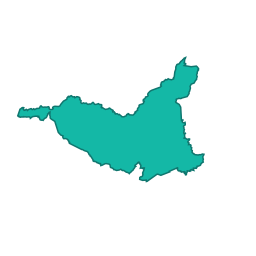 the district of Chichiquila, Puebla, Mexico, rotated 241°
{"feature_id": "50627088B29125905034403", "entity_name": "Chichiquila", "entity_type": "district", "adm_level": 2, "iso_a3": "MEX", "parent_name": "Mexico", "parent_adm1": "Puebla", "projection": "equal_earth", "projection_center": [-97.065, 19.207], "detail": "fine", "context": "isolated", "style": "filled", "palette": "teal", "viewbox_px": 256, "rotation_deg": 241, "n_neighbors": 0, "source": "geoboundaries", "source_scale": "gbopen_adm2", "svg_char_len": 5832}
<svg xmlns="http://www.w3.org/2000/svg" viewBox="0 0 256 256"><g transform="rotate(241 128 128)"><path d="M192.1,37.5L191.7,37.6L191.4,38.1L191.1,37.8L190.4,38.3L190.3,38.7L189.7,38.9L189.3,40.2L188.3,41.9L188.4,42.3L188.1,42.4L187.5,43.7L186.8,44.5L185.7,47.0L184.6,47.6L183.8,47.3L184.2,50.0L183.3,52.5L182.1,54.7L181.8,54.6L181.5,55.4L181.0,55.0L180.9,55.4L179.8,55.4L179.1,55.2L177.6,55.2L176.5,56.5L176.4,57.1L175.8,57.5L176.8,59.5L176.7,61.3L177.3,62.6L177.8,63.0L178.7,64.6L179.2,64.6L179.3,65.9L179.9,66.3L179.8,67.5L177.1,65.8L175.8,65.6L175.4,65.2L174.2,64.8L173.0,65.2L169.3,67.2L157.9,64.9L154.4,65.8L152.6,67.3L152.3,66.9L151.1,66.4L149.8,66.6L148.9,68.5L147.7,69.4L146.7,69.8L146.4,69.6L145.9,69.9L145.4,69.6L143.8,70.0L143.6,69.3L142.9,69.4L131.6,77.1L131.1,77.9L129.4,78.8L127.3,80.8L125.9,81.3L123.5,81.1L122.8,81.6L121.9,81.3L121.6,81.7L117.2,82.0L116.4,81.6L115.8,81.6L115.6,82.1L115.1,82.2L115.1,82.6L113.9,83.6L113.4,83.9L112.9,83.9L112.6,84.5L111.7,84.8L111.7,85.1L111.2,85.6L110.8,85.6L110.4,85.9L110.2,86.7L108.3,86.0L108.0,87.4L107.9,90.6L107.3,91.9L105.7,93.8L105.0,94.3L104.1,94.3L102.2,93.6L101.5,93.9L100.9,94.6L99.8,95.3L98.3,95.5L98.3,95.9L96.4,97.4L95.5,100.0L95.4,101.7L93.6,102.4L92.8,103.8L90.3,105.0L89.3,106.1L88.0,107.0L87.5,107.0L88.0,108.4L88.0,109.3L88.4,109.9L88.6,111.6L89.0,112.6L89.4,112.9L89.9,114.3L90.6,115.3L90.7,116.2L91.6,115.7L92.0,116.0L92.4,118.7L93.0,119.9L93.0,120.4L92.9,121.0L92.0,120.9L91.8,120.7L91.4,121.2L90.9,120.9L90.4,121.0L89.9,120.9L89.4,121.2L88.6,120.9L86.9,119.3L86.7,120.1L86.0,120.7L85.9,121.5L85.4,121.3L85.1,121.9L85.4,122.0L85.1,122.8L83.3,121.2L81.5,118.9L80.3,118.7L79.8,118.0L79.3,117.8L78.9,117.2L78.8,116.2L79.2,115.3L79.0,114.3L77.4,113.3L75.1,115.4L73.6,118.7L72.3,118.1L72.1,118.8L73.5,131.1L73.0,131.8L70.7,133.8L69.4,143.2L70.1,143.2L69.3,151.4L69.0,151.2L68.8,151.9L67.5,151.1L66.1,151.3L65.8,152.1L65.1,152.5L64.9,153.0L64.5,152.8L64.3,153.4L63.5,153.4L62.6,155.9L62.1,155.6L61.8,156.2L61.3,155.4L60.7,155.4L59.5,156.1L59.1,155.8L58.9,156.4L60.1,157.3L60.5,157.1L60.5,157.9L61.1,158.8L61.8,159.0L61.7,159.3L60.3,160.9L60.7,161.3L60.4,161.5L60.8,162.4L60.5,162.4L61.0,162.9L60.9,163.4L60.3,163.6L59.1,164.9L59.8,164.9L59.9,165.2L60.4,165.0L61.2,165.7L59.6,168.2L60.0,168.9L60.3,168.7L60.6,169.7L61.0,169.9L60.6,170.9L60.3,172.9L60.6,173.8L61.0,174.0L61.3,174.5L61.7,176.0L61.7,177.3L63.0,177.6L64.2,178.8L65.2,178.9L66.9,179.7L67.4,180.8L68.2,181.7L69.2,180.4L69.3,178.8L70.2,177.2L70.2,176.5L72.2,173.7L73.2,173.0L73.6,173.2L74.2,172.7L75.6,172.2L77.1,173.3L77.9,172.9L78.4,172.9L79.9,174.2L80.8,173.8L81.6,174.0L82.0,174.5L82.4,174.7L82.9,174.6L83.8,173.6L84.1,172.9L85.3,174.1L86.2,173.5L87.2,173.9L87.9,176.1L88.5,176.5L88.9,176.1L89.3,174.7L89.8,173.9L91.4,173.3L91.8,172.9L91.7,172.3L92.0,172.1L92.5,173.2L95.0,174.3L95.4,175.6L95.7,175.6L95.9,174.3L96.3,174.3L96.9,174.5L97.8,175.4L98.4,175.4L99.1,176.5L100.8,176.7L101.2,177.1L102.6,177.4L102.9,177.8L103.0,179.6L104.3,180.3L105.3,180.6L105.3,179.5L106.0,178.7L106.7,178.4L107.7,178.8L108.2,179.8L108.5,179.9L108.7,178.4L120.7,184.2L123.8,184.2L127.1,182.3L127.9,182.4L128.2,183.2L129.2,184.0L129.7,184.0L129.8,184.3L129.3,186.3L129.4,186.8L128.5,187.8L128.1,188.6L128.1,189.7L126.8,195.0L128.5,198.1L129.8,198.7L130.2,199.6L132.7,202.0L134.3,202.4L135.7,204.5L135.3,207.7L136.7,209.8L137.3,211.6L138.1,212.0L139.5,213.5L140.7,213.6L141.5,214.0L142.2,215.0L143.4,215.7L144.3,217.0L144.9,217.2L144.9,217.6L144.7,217.8L145.7,218.5L147.9,218.2L149.0,217.8L151.0,212.9L155.4,207.4L156.0,209.6L156.5,209.6L157.7,208.6L158.9,209.8L160.5,210.8L161.0,211.8L161.7,212.5L161.8,210.7L161.2,210.0L161.3,209.0L160.9,208.5L160.6,206.4L159.4,203.8L159.4,203.3L159.8,202.1L159.7,201.4L158.2,199.4L156.4,198.4L154.3,196.1L150.3,193.2L149.7,191.9L149.2,192.0L148.8,191.7L149.1,189.4L150.8,187.4L151.6,187.0L151.2,185.3L152.1,184.5L151.8,184.0L152.0,183.0L151.3,181.9L151.8,180.4L151.8,179.7L151.5,179.1L150.8,178.4L150.4,178.4L149.8,177.3L148.5,177.5L148.1,176.0L149.5,167.0L149.5,165.3L148.8,162.9L148.3,162.0L147.9,161.6L146.6,161.3L146.2,160.6L146.3,159.5L146.6,158.4L146.2,158.1L145.5,156.9L145.5,155.3L144.4,154.4L143.9,155.1L143.3,155.1L142.8,154.0L142.1,153.4L142.0,152.9L142.6,149.7L142.5,148.7L142.1,148.7L141.2,147.9L140.4,145.9L139.8,145.3L138.9,145.1L138.5,141.8L137.7,142.0L137.6,141.1L137.0,139.5L136.9,138.6L138.8,135.7L139.7,135.3L140.2,135.5L140.5,135.1L140.0,134.6L140.4,134.0L140.4,133.3L139.7,132.7L139.5,131.9L139.8,131.2L139.7,129.9L140.8,128.1L141.3,128.1L144.1,127.0L144.1,126.3L145.8,125.4L146.4,123.7L146.9,123.6L147.4,124.0L148.8,123.8L149.4,122.5L149.9,122.6L150.6,123.5L153.4,121.8L153.9,121.8L154.5,121.3L154.4,119.7L155.2,117.3L157.3,115.9L158.2,115.7L158.4,114.8L159.1,114.6L159.8,115.5L160.7,116.1L161.1,116.2L161.5,115.9L162.3,114.5L163.6,114.0L164.0,111.9L164.6,110.6L165.0,110.2L166.7,110.1L167.4,109.8L167.0,106.8L167.4,106.1L167.9,105.7L167.9,104.7L168.5,104.0L169.7,103.8L170.1,103.5L170.4,102.2L171.6,101.2L171.7,99.7L172.1,99.3L173.4,99.1L174.6,100.2L175.8,99.9L176.2,99.5L177.3,100.4L178.2,100.4L179.7,99.2L180.3,98.2L180.2,96.5L180.3,96.1L181.3,96.3L181.9,94.9L183.8,94.0L183.9,92.8L183.6,92.0L183.8,91.4L184.4,91.5L184.6,91.2L184.0,89.4L182.8,88.4L182.8,84.6L181.3,80.7L180.3,79.1L180.5,77.6L182.2,75.0L182.7,73.9L182.6,72.2L182.2,71.9L181.2,71.9L181.0,71.4L181.0,70.7L181.8,69.1L182.6,68.5L183.4,68.5L184.2,69.0L185.1,68.9L185.9,66.4L186.6,65.6L187.1,64.2L188.0,63.1L189.5,62.7L189.6,62.2L189.5,61.8L188.3,60.2L188.3,59.9L189.4,57.5L189.3,55.4L189.6,55.1L190.0,55.2L190.6,54.8L190.4,53.4L190.7,53.0L191.8,52.8L192.0,52.4L192.4,50.0L192.1,48.5L192.9,48.5L193.7,48.0L193.4,46.5L193.8,45.7L194.5,45.9L195.0,45.5L195.5,45.5L196.2,46.7L196.6,46.4L197.0,45.7L197.1,44.9L196.8,43.6L196.8,42.7L192.1,37.5Z" fill="#14b8a6" stroke="#0f766e" stroke-width="1.5"/></g></svg>